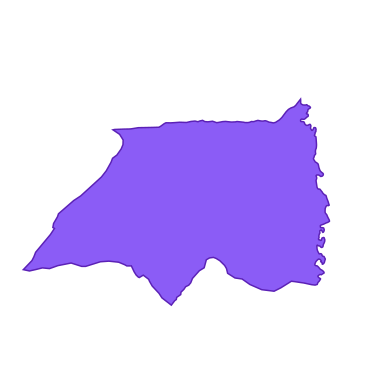 Tilisca, Sibiu, Romania, rotated 103°
{"feature_id": "2599482B67392717014509", "entity_name": "Tilisca", "entity_type": "district", "adm_level": 2, "iso_a3": "ROU", "parent_name": "Romania", "parent_adm1": "Sibiu", "projection": "robinson", "projection_center": [23.731, 45.777], "detail": "fine", "context": "isolated", "style": "filled", "palette": "violet", "viewbox_px": 384, "rotation_deg": 103, "n_neighbors": 0, "source": "geoboundaries", "source_scale": "gbopen_adm2", "svg_char_len": 5544}
<svg xmlns="http://www.w3.org/2000/svg" viewBox="0 0 384 384"><g transform="rotate(103 192 192)"><path d="M253.9,49.2L252.9,49.1L251.8,48.9L250.6,48.2L250.3,48.0L249.2,47.6L247.8,47.2L247.4,47.6L247.4,48.2L246.8,49.3L246.5,49.7L246.2,50.2L245.7,50.4L245.2,50.2L244.3,49.5L243.6,48.9L243.5,48.5L243.6,48.0L243.6,47.5L242.7,46.6L241.8,45.7L241.2,45.1L240.5,45.3L239.9,46.0L239.2,47.1L238.8,48.2L238.6,49.1L238.2,49.9L237.6,50.7L236.7,51.9L236.1,52.9L235.8,53.6L235.9,54.3L235.9,55.0L235.5,55.8L235.1,56.0L233.9,56.0L232.2,55.7L231.1,55.2L229.7,54.3L228.9,53.6L228.8,53.2L228.8,52.4L229.2,51.6L229.8,50.8L230.2,50.6L230.5,50.7L230.6,50.8L230.9,50.9L231.0,50.8L231.3,50.1L231.4,49.6L232.0,49.2L232.5,49.1L233.0,48.8L233.0,48.5L232.6,48.0L231.8,47.5L231.0,47.2L228.5,47.1L227.5,47.0L227.2,47.1L226.3,47.9L225.6,48.5L225.2,48.8L225.1,49.1L225.1,49.8L225.1,50.3L224.8,50.7L224.5,51.1L223.8,51.3L223.3,51.9L223.1,52.5L223.2,53.0L223.6,53.7L223.6,54.3L222.9,54.9L222.1,55.6L221.3,56.3L219.7,57.2L218.2,57.7L217.5,57.9L216.7,58.2L215.9,58.2L215.6,57.7L216.0,56.9L215.9,56.1L215.9,55.3L216.4,54.6L216.8,53.9L216.9,53.3L216.7,52.8L216.0,52.2L215.4,52.1L214.4,52.2L213.0,52.1L212.0,51.8L211.5,51.7L209.9,51.6L208.5,51.9L206.8,53.0L206.7,53.5L207.1,54.3L207.7,55.0L208.6,55.1L209.8,55.1L210.2,55.7L210.2,56.2L209.9,56.7L210.0,57.5L209.7,58.0L209.2,58.2L208.5,58.1L208.0,58.0L207.6,58.0L207.0,58.2L206.6,58.5L205.5,58.5L204.3,58.5L203.2,58.1L202.3,58.5L201.0,58.7L200.5,58.3L200.0,57.5L200.5,56.7L201.5,56.0L201.9,55.4L201.6,55.0L200.9,54.7L200.0,54.6L199.2,54.6L197.9,55.3L197.4,55.7L197.4,56.8L197.6,58.0L197.7,58.6L197.3,59.0L196.0,59.4L195.6,59.1L195.2,58.9L193.8,56.6L191.8,54.1L191.1,52.9L190.3,52.1L189.7,51.5L189.2,51.6L188.5,51.9L186.6,53.5L185.5,54.4L183.8,55.6L183.3,56.3L182.4,57.4L181.7,57.8L179.9,58.2L178.1,58.5L176.1,58.2L175.1,57.8L174.7,57.2L174.7,56.4L174.5,55.9L174.0,55.4L173.4,55.6L173.1,55.9L170.9,57.1L169.0,58.4L167.7,59.3L166.0,60.2L165.5,60.5L165.2,60.8L165.0,61.4L165.0,62.1L164.5,62.9L163.9,64.0L162.9,65.0L162.5,65.4L162.1,66.0L161.1,67.2L160.6,67.8L160.5,68.2L160.5,68.9L160.7,69.4L160.6,69.9L160.4,70.2L159.7,70.9L159.1,71.3L156.3,72.4L154.8,73.0L153.0,73.7L151.1,73.6L150.4,73.6L149.7,73.9L149.2,74.2L148.9,74.4L148.4,74.7L148.1,74.7L147.6,74.5L147.4,74.1L147.0,73.0L147.0,72.1L147.3,71.5L147.6,70.8L147.9,69.9L147.5,69.2L147.1,68.5L146.1,68.0L145.1,68.0L144.4,68.5L143.9,69.6L143.5,70.4L142.8,71.6L141.6,72.6L139.5,73.9L137.5,74.8L136.9,75.1L136.1,75.7L135.7,76.6L135.3,77.4L135.1,78.5L134.5,79.1L133.9,79.7L133.3,80.3L132.9,80.8L132.1,81.2L131.4,81.1L130.5,80.9L129.6,80.9L128.7,80.9L128.0,80.4L127.6,80.2L126.9,80.1L125.1,80.8L124.2,80.9L123.3,81.1L121.4,80.8L120.3,80.9L119.0,81.1L117.6,81.4L115.6,82.0L113.3,82.7L111.1,83.4L110.5,83.6L110.2,83.9L110.0,84.4L109.9,85.0L109.4,85.4L108.6,85.4L107.7,85.2L106.8,85.3L106.3,85.4L105.8,85.2L105.4,84.9L104.9,85.0L104.1,85.1L103.1,85.2L102.5,85.5L101.8,85.9L101.6,86.2L101.6,87.0L101.8,87.6L102.1,87.8L103.0,87.9L103.7,88.1L104.5,88.3L105.0,88.9L104.9,89.3L104.3,89.9L103.4,90.8L102.3,91.0L101.7,90.9L101.1,91.0L100.6,91.1L99.6,91.9L99.6,92.5L99.9,93.0L100.6,93.6L101.3,95.1L101.0,96.5L100.1,97.6L99.1,98.1L98.5,98.8L98.5,100.1L98.7,101.0L98.8,101.7L98.5,102.1L97.5,102.4L96.9,102.2L96.4,101.8L96.2,101.2L96.2,100.4L96.1,99.7L95.9,99.1L95.3,98.4L94.6,97.8L93.8,97.4L93.3,97.0L92.9,96.6L92.5,96.2L92.1,95.9L91.7,95.9L91.0,96.0L90.3,96.4L90.0,97.0L90.1,97.8L89.9,98.1L89.1,98.1L88.6,98.0L88.3,97.7L87.8,97.4L87.3,97.4L86.5,97.5L85.3,97.4L84.4,96.5L83.7,95.8L83.2,95.6L82.8,95.7L82.2,96.6L82.0,96.9L81.9,97.7L81.9,98.4L81.8,98.7L81.5,99.1L81.2,99.6L81.2,100.1L81.6,100.6L82.0,102.1L82.2,103.5L82.0,104.3L81.7,105.3L81.0,106.1L78.0,106.8L77.1,107.1L82.4,109.6L84.2,110.4L86.1,111.8L87.9,114.6L89.8,116.6L92.6,118.3L99.2,121.2L102.0,123.0L105.4,126.3L106.4,128.3L106.4,129.1L106.4,130.6L106.6,132.6L106.1,135.3L106.1,136.8L107.0,138.9L107.3,140.8L107.4,143.9L108.4,145.8L109.4,147.4L109.8,148.6L109.9,149.8L111.3,151.9L111.9,153.6L112.4,156.0L112.4,157.4L113.2,164.0L113.9,165.4L115.0,169.4L115.7,175.2L116.5,177.9L118.3,182.0L118.9,183.6L118.7,185.3L118.4,187.9L119.8,191.6L120.1,192.5L120.5,195.4L119.8,197.8L121.0,200.3L122.2,202.0L122.2,205.0L123.5,208.9L125.5,213.0L126.8,219.7L128.6,225.5L129.5,228.6L130.4,232.9L131.6,234.4L134.5,236.9L136.3,238.7L137.9,244.8L139.8,252.3L141.4,258.7L144.2,265.6L144.8,267.6L145.9,272.0L148.5,281.6L149.2,283.0L152.1,275.5L156.8,270.8L161.4,269.9L166.0,270.7L172.9,273.5L177.0,277.0L181.3,277.6L190.6,280.3L197.7,283.6L211.8,293.3L220.9,299.6L227.0,305.4L233.9,310.4L240.9,315.5L243.3,317.2L246.4,317.5L253.8,319.8L257.9,319.6L258.4,317.8L265.3,320.4L269.1,322.3L275.6,325.6L285.9,330.8L290.8,331.5L294.8,332.5L305.6,338.9L305.5,332.6L302.6,326.6L299.6,320.7L298.7,313.6L293.9,306.1L288.4,293.8L289.3,282.7L288.4,278.9L280.6,265.6L278.1,257.5L276.9,247.7L278.0,241.2L278.7,238.9L277.8,235.1L277.6,234.5L282.8,230.4L285.5,227.7L287.0,225.2L287.2,224.1L284.0,220.8L285.7,217.0L286.8,214.6L288.6,213.3L292.6,209.6L298.2,201.3L301.9,197.5L306.9,186.7L301.8,184.4L300.3,183.1L298.1,183.2L294.5,179.9L292.1,180.2L288.7,178.0L285.7,176.9L283.5,174.2L280.7,172.8L276.1,172.1L267.0,167.1L264.0,164.0L263.1,163.1L257.9,162.9L254.8,162.8L252.3,160.1L250.9,156.4L251.3,153.5L252.7,149.4L256.2,143.7L258.8,141.2L263.2,139.0L266.1,130.8L265.5,123.6L269.1,114.8L271.5,102.1L270.2,89.7L265.4,83.9L259.6,78.1L256.6,75.1L256.2,71.4L255.9,67.6L255.8,65.9L255.5,62.6L255.4,54.6L255.0,51.1L253.9,49.2Z" fill="#8b5cf6" stroke="#5b21b6" stroke-width="1.5"/></g></svg>